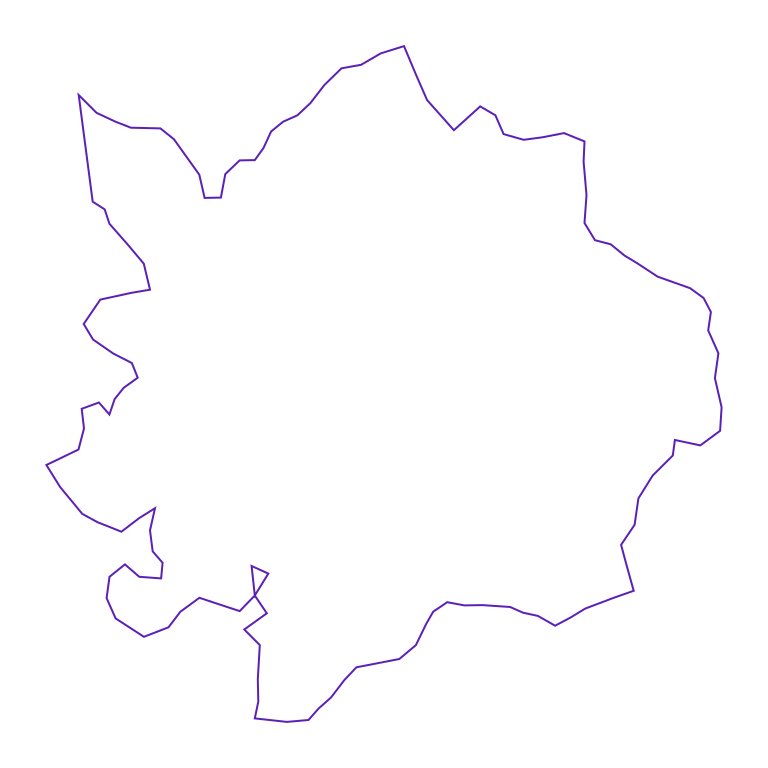 Cerquilho, São Paulo, Brazil
{"feature_id": "56859067B20358363465828", "entity_name": "Cerquilho", "entity_type": "district", "adm_level": 2, "iso_a3": "BRA", "parent_name": "Brazil", "parent_adm1": "São Paulo", "projection": "albers", "projection_center": [-47.765, -23.188], "detail": "fine", "context": "isolated", "style": "outline", "palette": "violet", "viewbox_px": 768, "rotation_deg": 0, "n_neighbors": 0, "source": "geoboundaries", "source_scale": "gbopen_adm2", "svg_char_len": 1704}
<svg xmlns="http://www.w3.org/2000/svg" viewBox="0 0 768 768"><path d="M634.6,524.8L638.4,498.4L652.7,475.5L672.8,455.5L674.9,440.0L700.3,445.4L720.1,430.8L721.6,407.3L714.9,378.1L718.4,353.3L708.2,330.4L710.9,312.0L703.6,298.0L690.1,288.2L673.8,282.4L657.7,276.7L637.0,263.1L624.7,255.7L610.7,244.3L595.0,240.2L584.5,223.0L586.5,195.1L583.6,161.7L584.5,141.4L564.0,133.1L542.4,137.3L523.7,139.8L503.6,134.1L495.4,115.3L480.2,106.4L453.9,130.2L427.1,100.1L416.0,74.7L404.0,46.1L380.7,53.4L361.1,64.8L341.5,68.3L324.3,85.1L310.3,103.2L297.4,115.3L283.1,121.7L271.1,131.5L263.5,148.0L254.8,160.1L239.6,160.4L225.3,174.1L220.9,197.6L204.6,197.9L199.3,174.7L173.9,139.2L160.4,128.4L130.9,127.7L115.5,121.7L96.5,112.8L78.7,95.0L92.7,201.7L104.7,209.4L109.4,223.7L127.5,244.3L143.8,263.7L150.0,289.7L131.0,292.9L100.3,299.6L83.7,324.0L93.1,339.6L113.2,353.5L131.9,363.1L137.7,377.7L123.7,387.8L114.7,399.0L109.4,414.5L98.9,402.5L81.7,408.8L84.0,428.5L78.5,449.5L46.4,465.0L60.1,487.0L82.3,513.9L97.5,522.2L121.4,531.7L139.2,518.1L155.0,508.2L150.0,530.4L152.7,551.4L162.6,562.8L161.1,578.4L139.3,576.8L124.9,564.4L109.5,576.8L106.6,598.1L115.6,618.4L143.9,636.8L168.5,627.3L180.4,611.7L199.4,597.8L217.5,603.8L239.7,611.1L254.8,595.5L266.8,613.3L244.3,629.5L259.8,645.1L257.8,679.4L258.3,701.6L254.8,718.4L286.9,721.9L308.5,720.0L318.5,708.6L331.0,697.5L344.4,680.0L356.4,667.3L377.7,663.2L399.3,659.0L415.9,645.1L426.1,624.1L433.2,611.7L447.2,602.2L464.4,605.4L482.5,605.1L510.2,607.0L523.0,612.7L537.9,615.9L555.1,625.7L570.6,617.5L585.2,608.6L612.9,598.1L633.7,590.8L626.1,563.5L621.1,544.8L634.6,524.8ZM254.8,595.5L251.6,566.0L268.3,573.6L254.8,595.5Z" fill="none" stroke="#5b21b6" stroke-width="2"/></svg>